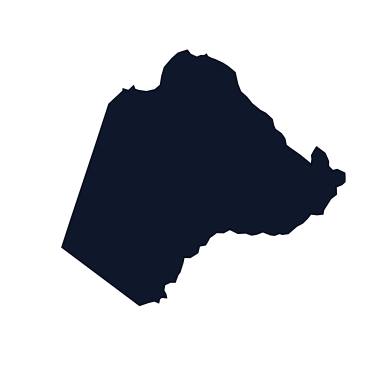 the district of Dierona, Limassol, Cyprus, rotated 36°
{"feature_id": "46923920B57390969123914", "entity_name": "Dierona", "entity_type": "district", "adm_level": 2, "iso_a3": "CYP", "parent_name": "Cyprus", "parent_adm1": "Limassol", "projection": "orthographic", "projection_center": [33.106, 34.816], "detail": "fine", "context": "isolated", "style": "filled", "palette": "ink", "viewbox_px": 384, "rotation_deg": 36, "n_neighbors": 0, "source": "geoboundaries", "source_scale": "gbopen_adm2", "svg_char_len": 1442}
<svg xmlns="http://www.w3.org/2000/svg" viewBox="0 0 384 384"><g transform="rotate(36 192 192)"><path d="M122.8,72.2L121.8,74.7L119.1,76.4L116.8,80.2L109.9,81.6L104.9,80.1L99.2,87.8L97.4,96.0L96.5,107.4L99.5,115.8L103.7,124.1L102.0,131.1L96.2,137.7L89.0,141.5L85.3,142.6L82.4,140.6L81.1,147.3L76.4,148.9L75.8,149.1L76.9,150.9L73.2,169.7L74.7,174.3L86.6,211.0L111.0,287.7L119.0,312.2L119.3,313.1L216.2,314.5L217.1,313.2L221.7,306.7L225.5,302.2L230.0,301.1L228.5,297.7L229.1,295.0L233.4,292.5L231.1,290.3L227.0,288.4L224.3,283.2L227.4,277.6L231.3,274.8L229.2,267.5L229.2,263.9L226.0,254.3L223.8,249.5L229.0,246.0L232.3,237.7L229.6,231.3L233.9,226.9L233.6,223.0L232.9,218.5L234.3,214.6L235.6,210.2L241.4,206.3L244.5,199.9L253.4,198.4L259.6,193.4L265.5,191.7L269.3,187.7L272.6,182.5L280.8,180.3L284.2,178.4L287.1,173.9L289.9,173.1L294.2,169.0L296.7,158.1L299.7,151.9L300.8,144.9L300.9,139.9L306.4,136.8L310.8,132.9L308.9,129.1L308.6,123.7L308.1,115.6L310.1,109.0L305.5,103.2L308.8,97.9L309.6,93.8L306.5,89.5L304.4,87.0L296.3,88.5L293.4,92.1L287.2,91.0L284.2,86.9L276.9,82.6L266.4,82.4L266.6,86.4L267.3,92.0L270.0,95.0L272.5,99.8L267.3,99.3L256.9,98.8L246.7,99.0L240.6,98.9L235.7,94.4L230.0,92.4L222.5,92.5L218.9,90.4L214.2,86.2L205.4,85.1L199.3,86.0L188.4,85.4L180.6,83.2L172.5,82.4L165.8,78.2L161.2,74.2L156.6,70.1L147.5,69.5L141.8,69.8L133.5,71.3L128.8,72.7L124.9,73.3L122.8,72.2Z" fill="#0f172a" stroke="#020617" stroke-width="1.5"/></g></svg>